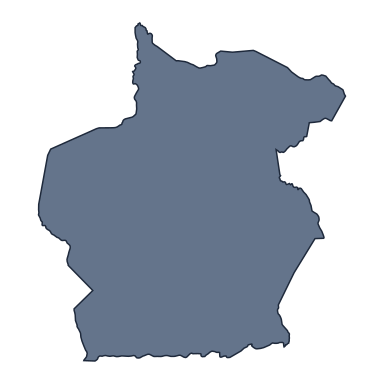 the district of San Luis, Santa Bárbara, Honduras
{"feature_id": "27666195B34299357047893", "entity_name": "San Luis", "entity_type": "district", "adm_level": 2, "iso_a3": "HND", "parent_name": "Honduras", "parent_adm1": "Santa Bárbara", "projection": "mercator", "projection_center": [-88.473, 15.119], "detail": "fine", "context": "isolated", "style": "filled", "palette": "slate", "viewbox_px": 384, "rotation_deg": 0, "n_neighbors": 0, "source": "geoboundaries", "source_scale": "gbopen_adm2", "svg_char_len": 5889}
<svg xmlns="http://www.w3.org/2000/svg" viewBox="0 0 384 384"><path d="M204.8,356.5L206.2,355.0L208.1,353.8L209.9,352.2L211.6,351.3L212.3,351.2L214.9,351.6L215.9,352.1L216.9,352.4L218.5,352.3L219.6,352.5L219.7,354.7L219.9,356.7L220.4,357.1L221.4,357.1L224.0,356.1L226.0,356.0L226.7,357.2L227.1,357.5L227.8,357.6L229.9,357.4L241.1,350.9L244.1,348.1L247.0,346.8L247.6,346.2L247.9,345.3L248.4,344.8L251.3,344.1L251.8,344.1L252.0,344.5L252.0,345.0L251.7,345.5L251.7,345.8L253.0,347.0L254.1,347.8L255.3,348.5L256.2,348.8L257.1,348.8L260.6,348.4L263.7,347.6L269.7,345.0L271.3,343.7L272.4,343.0L273.3,343.1L274.6,343.3L276.6,343.3L278.2,343.1L279.5,342.5L282.4,342.4L283.1,342.7L283.5,343.2L283.8,346.0L284.1,346.9L285.2,346.0L285.6,344.8L285.9,344.7L286.2,344.9L286.5,344.8L287.8,343.5L288.7,343.1L288.9,341.8L289.2,341.1L289.2,339.0L289.4,338.1L289.2,336.0L289.4,334.0L289.0,333.2L288.0,332.1L287.4,330.6L282.8,325.4L282.1,324.4L281.3,319.2L280.5,317.1L279.9,315.9L279.1,314.7L278.5,314.2L278.1,313.6L277.7,312.1L277.5,310.6L277.5,310.0L277.8,309.1L278.6,307.9L278.4,305.6L278.4,304.8L294.1,272.7L315.0,238.6L323.5,238.3L323.9,238.0L324.0,237.4L323.4,235.4L321.8,231.3L319.7,227.8L318.0,223.8L318.1,222.6L319.0,220.5L319.1,219.8L319.0,218.2L318.7,216.8L317.8,215.3L316.8,214.0L313.5,212.0L312.0,210.9L311.0,205.5L309.5,201.8L309.4,200.6L309.2,199.8L308.8,199.0L306.1,194.6L303.6,192.0L301.3,188.7L300.7,188.3L300.1,188.2L299.4,188.3L298.3,189.5L297.9,189.5L297.6,188.8L297.8,187.9L297.4,187.5L296.4,187.1L294.9,187.4L294.0,187.2L293.5,186.9L292.9,185.9L292.4,184.3L292.1,183.8L291.6,183.8L291.1,184.4L290.6,184.7L289.4,183.5L287.6,184.3L286.5,184.5L285.7,183.5L285.6,182.7L285.1,182.1L284.3,181.8L282.9,182.0L282.3,181.6L281.8,181.1L280.6,180.8L280.4,180.6L279.8,178.6L279.4,178.1L279.3,177.6L279.5,177.0L280.4,176.0L280.6,175.6L279.9,174.8L276.1,149.6L278.3,151.1L279.0,152.0L279.6,152.4L280.6,152.4L281.0,152.1L281.8,151.9L283.0,152.3L283.7,152.3L285.4,150.9L286.8,149.0L289.4,146.5L290.3,145.9L291.2,145.8L292.8,146.6L294.1,146.8L295.6,146.2L296.5,145.6L297.4,144.6L299.1,141.9L300.0,141.2L301.0,140.7L301.8,140.8L302.9,140.6L303.5,139.5L303.8,137.5L304.1,137.0L304.6,136.7L306.1,136.7L306.7,136.4L309.3,122.7L314.0,122.3L320.1,121.5L322.7,119.5L324.2,118.6L325.1,118.3L326.0,118.4L327.0,118.8L330.3,120.6L331.7,120.8L345.5,96.1L344.4,94.3L343.2,90.5L342.8,89.7L338.1,86.7L335.2,85.8L334.5,85.1L333.7,84.1L331.5,83.0L330.0,80.9L328.8,79.7L325.8,76.1L323.0,75.2L321.5,75.0L319.4,76.1L318.1,76.3L316.8,76.2L315.5,76.5L310.4,79.7L308.3,79.9L305.0,79.8L303.8,79.3L302.9,78.5L300.8,78.2L298.4,77.0L291.6,72.0L287.5,67.6L256.0,51.5L253.3,50.4L232.5,52.2L220.7,51.1L217.1,53.2L216.3,53.9L215.9,54.7L215.7,55.7L216.7,58.8L216.9,61.8L216.5,62.9L214.8,64.8L214.2,65.1L210.4,65.7L207.2,65.5L206.6,65.8L205.8,66.6L205.3,66.8L202.8,67.5L200.0,68.1L199.3,68.0L198.7,67.9L196.4,66.7L193.2,64.8L190.8,64.0L187.5,62.4L184.8,61.6L183.2,61.4L178.0,60.7L176.2,60.8L157.3,46.6L154.8,45.1L152.6,43.3L152.2,42.2L152.1,38.0L152.3,36.6L152.3,35.3L151.9,34.6L151.4,33.9L150.6,33.4L149.8,33.3L149.0,33.5L148.3,34.0L147.6,34.0L147.4,33.4L147.0,30.8L146.3,30.5L145.9,28.6L145.3,27.7L144.6,27.2L143.1,26.5L142.2,25.5L141.0,25.6L140.6,25.2L140.3,23.8L139.8,23.0L139.7,23.1L138.1,23.9L137.8,25.4L136.5,25.9L135.1,27.6L135.1,32.5L135.5,35.1L136.1,38.0L136.4,38.7L137.4,40.3L137.8,41.8L137.5,44.1L137.7,47.3L137.8,48.1L138.2,48.8L138.3,49.4L138.2,49.8L137.2,51.2L137.4,54.6L137.2,57.6L138.2,60.0L138.8,60.4L139.9,60.7L140.3,61.4L140.4,62.1L140.2,62.7L139.6,63.2L139.2,63.3L138.3,63.4L137.4,64.0L135.7,64.7L134.9,65.4L134.7,66.1L135.5,67.2L135.8,68.1L135.7,68.7L134.9,70.0L134.0,71.1L133.5,71.5L132.8,71.4L132.6,71.6L133.9,73.9L134.1,74.5L134.0,74.9L133.4,75.6L133.0,76.6L133.4,78.5L132.8,80.9L132.7,82.4L132.9,83.2L133.1,83.7L133.5,84.0L133.9,84.0L134.5,83.8L135.4,83.7L135.9,84.0L136.6,84.5L137.3,85.2L137.8,86.1L138.4,87.6L138.6,88.7L138.5,89.4L136.5,92.7L134.6,96.3L134.3,97.3L134.4,98.1L134.6,99.0L136.2,101.2L136.6,102.8L136.5,105.0L136.7,109.0L136.1,113.4L135.8,114.2L133.4,116.4L132.3,117.1L125.3,118.9L124.2,119.5L123.5,120.1L123.1,120.6L122.7,122.0L122.1,122.9L121.7,124.4L121.1,124.7L119.9,125.1L117.3,126.9L115.6,127.5L114.0,127.7L110.9,127.8L99.1,127.9L96.4,128.7L50.7,149.1L47.7,155.3L38.7,204.4L38.6,209.8L38.9,212.6L38.5,214.9L40.2,218.1L40.8,220.3L41.5,221.3L42.3,222.1L42.1,224.5L42.2,225.1L42.4,225.4L42.8,225.6L44.4,225.5L45.1,225.6L45.7,226.4L45.9,227.7L46.3,228.4L47.4,229.4L49.2,230.4L49.8,230.9L50.5,231.8L51.5,233.7L52.5,234.4L53.7,234.9L57.1,237.4L58.3,237.7L58.9,238.1L61.1,240.1L62.1,240.5L64.8,240.3L65.7,240.5L66.2,241.0L67.3,243.2L68.5,244.1L69.7,245.3L70.0,245.9L70.2,246.6L70.2,248.1L68.8,252.5L68.3,254.8L67.3,258.1L67.0,259.6L67.2,261.6L68.2,264.7L68.2,265.4L92.8,290.5L74.1,308.8L74.1,310.4L74.8,312.8L75.2,314.9L75.5,320.6L77.1,325.0L77.2,325.6L77.0,325.9L77.1,326.5L77.5,327.5L78.5,328.9L80.3,332.6L80.6,333.6L80.9,337.1L82.0,341.1L83.8,345.8L85.7,350.3L86.1,350.9L86.6,351.4L87.2,353.3L86.6,356.5L86.1,357.4L84.0,360.0L83.8,360.6L95.0,361.0L96.0,360.4L97.2,359.4L97.7,358.7L98.1,357.3L98.7,356.7L99.5,356.1L100.0,356.0L102.2,356.2L103.8,355.7L105.4,355.5L106.2,355.6L107.7,356.0L109.9,356.3L113.3,355.8L116.3,356.6L117.1,356.6L118.5,356.5L121.8,355.9L126.5,356.2L128.5,356.3L131.4,356.0L133.0,355.6L133.8,355.5L135.1,355.9L136.6,357.7L137.3,357.9L138.3,358.0L139.9,357.8L142.9,356.1L144.2,355.7L147.3,354.4L148.8,354.2L149.7,354.4L153.6,356.4L154.8,356.5L157.2,356.4L160.4,356.5L161.8,356.4L164.8,355.6L166.6,355.5L167.7,355.6L170.9,356.4L174.0,356.4L175.4,356.2L178.8,355.3L180.0,355.2L181.1,355.6L183.8,357.1L185.3,357.5L186.0,357.4L186.8,357.0L189.9,353.9L190.8,353.4L191.5,353.2L192.0,353.3L192.8,353.7L193.4,353.7L197.6,353.6L199.6,353.7L200.6,353.8L201.0,354.1L201.0,355.4L201.3,356.1L201.9,356.5L202.5,356.7L204.8,356.5Z" fill="#64748b" stroke="#1e293b" stroke-width="1.5"/></svg>